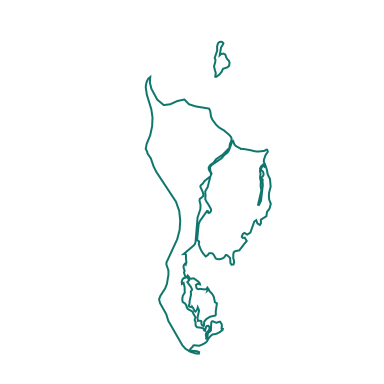 the border of Nordjylland, rotated 289°
{"feature_id": "DNK-3418", "entity_name": "Nordjylland", "entity_type": "Region", "adm_level": 1, "iso_a3": "DNK", "parent_name": "Denmark", "parent_adm1": "", "projection": "natural_earth1", "projection_center": [9.42, 57.153], "detail": "fine", "context": "isolated", "style": "outline", "palette": "teal", "viewbox_px": 384, "rotation_deg": 289, "n_neighbors": 0, "source": "natural_earth", "source_scale": "10m", "svg_char_len": 5495}
<svg xmlns="http://www.w3.org/2000/svg" viewBox="0 0 384 384"><g transform="rotate(289 192 192)"><path d="M152.2,255.7L150.2,252.2L149.2,251.4L148.6,251.1L146.6,251.3L142.5,252.7L141.4,253.7L139.2,254.7L137.0,254.8L136.1,253.1L137.3,251.5L142.0,249.5L143.1,247.2L143.7,245.4L143.5,244.5L140.9,243.8L139.9,243.2L139.0,242.3L138.3,241.4L137.7,240.5L137.1,239.2L136.8,237.6L136.9,236.0L137.4,235.5L139.8,232.9L140.0,232.3L140.5,231.6L140.4,230.1L139.9,228.6L139.3,227.9L138.1,227.7L137.2,227.2L135.5,226.0L137.4,222.7L139.4,220.1L141.5,218.0L144.6,215.6L145.3,215.3L146.1,215.2L147.0,215.1L147.6,214.7L148.1,212.8L148.5,212.4L163.6,208.8L167.0,208.9L179.0,212.4L179.0,213.4L177.7,214.0L177.6,214.8L178.4,215.6L179.8,216.1L181.2,216.0L182.2,215.3L185.9,211.1L187.6,208.8L189.5,206.9L193.5,205.8L196.8,204.3L201.8,205.2L212.7,204.3L206.6,200.3L203.5,199.5L201.5,198.3L200.4,198.0L199.5,198.3L195.9,201.8L194.0,203.2L191.8,204.0L189.9,202.9L188.0,201.6L186.1,202.0L182.5,204.3L178.4,205.5L169.5,205.6L146.0,211.6L144.0,211.7L142.1,211.1L130.6,204.3L131.3,206.0L130.4,206.9L127.1,207.9L124.6,209.2L123.2,209.7L121.5,209.7L122.2,208.9L120.3,208.1L118.5,208.3L116.8,209.3L115.1,210.7L113.4,210.6L111.3,212.0L109.5,213.6L108.8,213.8L107.9,212.1L105.9,211.4L103.5,211.6L101.8,212.4L103.3,213.6L99.6,216.0L94.5,217.9L90.8,217.1L88.4,217.5L86.0,218.3L84.9,219.2L84.3,221.8L83.0,223.4L81.3,224.5L80.0,226.0L79.4,229.8L79.3,230.1L79.1,231.2L78.6,231.9L77.9,232.4L74.7,236.0L72.3,236.1L71.2,236.5L70.8,237.3L70.0,237.8L68.3,238.3L66.6,239.2L65.8,240.9L66.7,245.4L66.6,247.5L65.0,248.7L65.0,249.5L69.1,249.2L70.1,249.5L70.8,251.1L70.2,252.2L68.9,252.9L67.5,253.1L66.3,252.8L63.9,251.6L62.6,251.3L61.4,251.6L59.3,252.8L58.0,253.1L58.0,254.1L62.9,253.1L64.4,253.4L66.5,254.7L67.5,254.9L74.8,252.7L76.3,253.1L76.6,254.1L76.3,256.6L76.3,257.7L77.8,259.5L78.5,260.7L77.0,262.7L75.9,263.6L74.5,264.0L73.1,264.2L72.2,264.6L72.2,265.2L73.5,265.7L71.4,265.8L68.6,263.9L66.1,261.5L65.0,259.9L64.1,257.9L61.8,256.4L58.9,255.3L56.2,254.9L54.4,254.2L52.3,252.5L50.3,250.5L48.9,248.7L47.8,243.9L47.2,243.2L45.8,242.9L42.9,241.5L41.2,241.4L42.6,246.3L43.1,249.1L42.9,250.9L41.4,251.1L40.6,248.3L40.4,242.2L41.7,236.8L44.0,232.7L62.5,211.5L68.0,207.5L76.5,198.0L79.8,195.8L83.5,195.9L92.0,198.0L96.8,198.2L106.0,196.7L110.2,195.2L115.1,191.4L116.9,190.8L142.5,193.4L151.8,192.7L161.1,190.2L169.9,186.1L177.6,180.0L199.5,151.6L203.4,147.6L210.4,142.1L213.9,137.4L215.3,136.7L217.7,134.2L222.6,133.5L232.1,134.0L241.2,132.9L249.6,130.4L256.8,126.7L269.2,117.7L275.9,114.2L278.7,113.5L281.7,113.3L284.7,113.7L287.1,115.1L281.6,116.6L276.3,120.1L268.0,129.1L265.0,137.0L267.9,142.9L273.1,148.3L277.0,154.7L274.0,160.5L274.1,167.4L276.4,180.9L274.6,182.8L269.4,185.5L267.0,187.7L263.4,193.0L261.8,196.6L260.6,202.3L258.1,208.6L256.9,210.7L256.0,211.6L255.2,212.1L254.1,212.4L249.2,212.3L247.8,212.6L245.9,213.0L237.3,208.9L230.9,204.1L226.7,202.8L223.3,200.4L220.7,199.8L218.7,200.6L215.8,204.0L213.8,204.3L215.7,204.5L217.9,202.5L219.7,201.6L221.5,201.0L223.6,201.6L233.7,209.1L237.1,210.3L241.0,212.8L243.3,213.4L251.6,213.5L253.5,214.3L250.6,216.8L250.0,217.9L249.5,219.6L249.0,223.2L248.6,224.2L249.4,226.4L250.5,233.1L251.0,238.4L251.7,241.2L254.3,246.8L255.2,247.7L256.2,248.5L256.4,249.3L255.0,250.5L254.2,250.5L251.7,249.7L250.5,249.5L245.8,249.5L244.2,250.0L242.4,251.3L240.6,250.0L238.7,249.0L236.5,248.7L233.9,249.5L231.6,250.8L230.6,251.1L229.0,251.3L227.4,251.8L224.3,253.7L220.5,254.7L215.9,257.1L201.5,258.6L201.5,259.5L206.2,260.1L221.6,256.7L225.0,255.2L226.6,254.9L226.9,254.6L226.9,254.0L227.1,253.4L227.9,253.1L228.7,253.3L230.1,253.9L230.8,254.1L231.9,253.9L233.1,253.4L234.2,252.6L234.6,251.8L235.3,250.0L236.9,249.7L240.3,250.5L240.0,251.0L239.5,252.2L241.3,252.5L237.9,255.2L233.1,258.0L229.7,261.5L222.7,264.6L216.6,265.1L214.1,265.7L210.0,267.4L206.6,270.3L202.3,270.7L200.6,270.5L197.8,269.4L193.3,270.2L188.2,266.1L184.8,267.4L182.9,266.9L183.6,264.1L186.3,261.9L184.3,260.5L172.6,260.4L169.7,258.1L170.4,254.9L168.8,253.7L165.9,253.6L165.1,254.9L166.0,256.7L163.5,259.7L159.6,258.2L152.2,255.7ZM100.9,245.8L99.6,247.0L95.3,249.5L94.8,251.8L86.6,253.4L83.7,254.5L82.7,254.1L80.0,249.8L78.8,248.7L76.3,246.8L73.9,245.9L73.2,245.8L70.0,246.7L69.0,246.6L69.3,245.0L69.8,244.3L70.6,243.8L71.5,243.4L72.5,243.2L73.0,242.6L72.8,241.3L72.4,240.1L72.1,239.6L75.0,238.1L82.3,237.3L84.8,235.0L83.6,235.1L82.3,235.0L81.1,234.7L80.0,234.2L80.5,232.9L82.6,231.0L83.5,229.6L83.1,229.7L82.9,228.6L82.8,226.4L83.1,226.0L83.9,225.9L84.8,226.0L85.5,226.0L88.5,225.2L94.5,224.5L97.5,223.3L99.7,223.9L101.8,222.0L105.3,216.9L107.6,218.0L109.1,216.5L110.3,214.8L111.6,215.1L111.0,216.2L109.8,217.8L109.5,218.8L109.7,219.4L110.7,221.2L110.9,222.3L110.7,222.6L109.4,226.9L108.6,228.5L108.1,229.1L107.3,229.6L107.3,228.0L106.8,227.0L106.0,226.4L105.2,226.0L102.8,227.4L102.4,227.9L102.1,229.3L102.3,230.1L102.8,230.7L103.1,231.4L104.0,235.8L104.9,237.2L106.6,237.7L106.0,238.4L105.3,238.7L104.6,238.7L103.8,238.7L104.5,239.1L105.2,239.6L103.8,241.1L102.3,244.1L100.9,245.8ZM337.9,168.3L340.8,168.2L341.9,168.5L342.8,169.2L343.6,170.8L343.5,172.2L342.8,173.3L340.5,173.0L338.1,172.4L330.3,173.7L331.9,174.6L333.1,176.6L332.8,178.7L330.4,180.6L329.0,182.2L328.2,184.0L326.5,185.4L323.3,186.0L321.3,184.8L318.6,181.2L315.0,180.8L312.1,179.7L310.3,178.5L308.6,177.2L308.6,176.4L312.1,175.8L315.4,173.5L318.0,171.9L322.1,171.7L324.5,171.2L326.2,169.8L333.8,169.8L337.9,168.3Z" fill="none" stroke="#0f766e" stroke-width="2"/></g></svg>